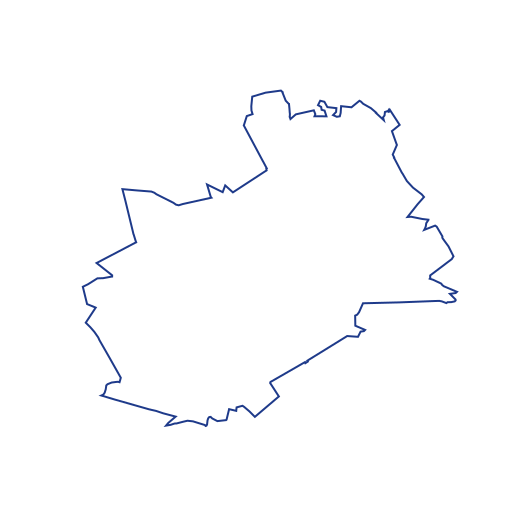 Harare, Harare, Zimbabwe, rotated 343°
{"feature_id": "62879985B33947363062254", "entity_name": "Harare", "entity_type": "district", "adm_level": 2, "iso_a3": "ZWE", "parent_name": "Zimbabwe", "parent_adm1": "Harare", "projection": "mercator", "projection_center": [31.083, -17.799], "detail": "fine", "context": "isolated", "style": "outline", "palette": "blue", "viewbox_px": 512, "rotation_deg": 343, "n_neighbors": 0, "source": "geoboundaries", "source_scale": "gbopen_adm2", "svg_char_len": 3058}
<svg xmlns="http://www.w3.org/2000/svg" viewBox="0 0 512 512"><g transform="rotate(343 256 256)"><path d="M424.3,356.7L425.6,356.2L429.3,357.2L432.7,357.5L433.9,356.9L434.1,356.0L430.4,348.9L436.1,349.8L437.7,349.0L437.3,348.7L426.7,339.8L425.5,338.0L425.1,336.6L418.4,330.5L415.5,328.5L416.3,327.7L416.5,326.7L416.9,325.5L442.3,316.2L442.7,315.9L443.2,315.4L444.7,314.1L444.6,313.9L444.7,313.7L442.9,303.1L440.7,296.8L439.6,293.5L439.6,292.6L440.0,291.8L437.4,280.8L436.2,279.3L424.5,280.2L425.7,279.0L427.1,277.2L428.4,274.4L431.0,272.3L431.3,272.1L431.5,271.7L426.0,269.3L415.8,263.8L412.3,263.0L425.6,253.8L433.9,248.7L432.5,245.5L426.1,236.5L422.2,228.4L420.6,221.7L420.4,220.7L419.8,218.8L416.9,203.4L416.6,202.5L417.0,202.2L416.4,199.0L423.2,191.0L423.1,189.5L422.5,176.3L431.7,172.6L431.4,171.6L426.9,155.9L426.5,156.7L425.5,156.9L425.5,155.3L424.3,156.3L423.9,155.9L421.4,156.0L420.0,159.2L418.0,160.6L417.9,163.5L412.5,154.2L412.8,154.0L409.1,148.2L403.0,141.8L401.5,139.0L400.3,137.8L390.8,141.7L381.2,137.6L378.8,143.9L377.0,146.9L374.0,146.5L370.9,143.8L374.7,141.7L376.1,138.1L367.8,134.5L366.5,128.5L362.8,126.3L359.4,129.9L361.9,132.5L361.5,135.4L364.1,137.0L364.2,143.0L352.8,139.5L354.2,137.7L353.9,133.6L335.5,132.2L329.0,135.1L329.0,134.8L329.0,134.7L328.9,133.5L328.9,133.3L328.9,133.1L329.0,133.0L329.0,132.9L329.0,132.6L329.0,132.4L329.2,132.2L330.0,130.0L330.1,129.3L330.1,129.1L331.1,124.7L332.0,120.2L331.8,120.1L329.8,116.1L329.8,115.8L329.1,107.1L329.3,107.0L328.2,105.1L312.9,102.6L299.0,102.5L295.3,111.4L294.2,115.5L294.2,119.3L288.1,119.5L282.8,127.2L282.5,127.5L290.2,166.8L290.5,168.1L291.9,175.3L291.4,175.4L291.2,177.2L252.5,188.4L247.2,179.5L242.8,185.2L230.1,173.3L230.0,186.3L230.4,187.2L201.2,184.9L199.2,184.9L196.9,184.9L194.5,183.5L192.6,181.0L178.8,167.8L177.3,165.8L174.8,163.8L160.6,158.2L147.8,153.0L147.2,165.7L145.3,198.1L145.2,199.1L145.3,199.6L145.3,205.8L145.4,207.9L144.5,208.0L101.5,216.1L112.8,232.4L112.4,233.6L111.9,233.5L103.3,232.5L97.8,231.0L87.1,233.9L81.4,234.8L80.4,252.6L87.6,258.5L73.7,270.0L76.7,275.6L79.2,281.2L81.3,287.7L81.7,290.8L86.0,309.7L91.1,332.9L89.4,335.6L88.6,336.8L87.4,336.0L85.7,335.6L81.0,334.8L76.5,335.2L75.0,336.0L73.3,339.6L71.3,342.5L69.5,343.9L67.3,344.2L78.7,351.8L109.3,371.6L109.8,371.8L110.2,372.1L115.1,374.9L120.7,378.9L121.1,379.2L132.2,386.1L123.3,390.0L120.4,391.9L125.0,392.5L129.2,392.4L131.0,392.9L137.9,393.2L142.3,393.5L147.4,395.7L151.2,398.3L157.7,402.7L158.1,403.8L158.9,403.8L159.9,402.9L161.6,399.0L162.8,397.3L164.1,396.4L164.5,396.4L165.6,396.6L165.7,396.9L166.7,398.6L170.8,402.6L179.4,404.2L180.0,403.9L185.5,394.6L191.8,398.3L192.6,396.4L193.2,395.1L199.3,395.3L200.6,396.9L204.3,402.7L207.9,409.5L236.8,397.0L232.4,381.6L233.0,380.7L271.8,371.8L271.9,372.9L274.7,372.1L274.5,371.1L319.8,359.2L329.9,363.1L333.9,358.9L337.2,359.4L338.7,358.6L330.6,351.7L333.4,342.0L335.6,341.7L338.1,339.9L344.5,332.5L371.4,340.0L375.0,341.0L378.9,342.1L414.1,351.4L418.1,352.5L420.4,353.7L424.3,356.7Z" fill="none" stroke="#1e3a8a" stroke-width="2"/></g></svg>